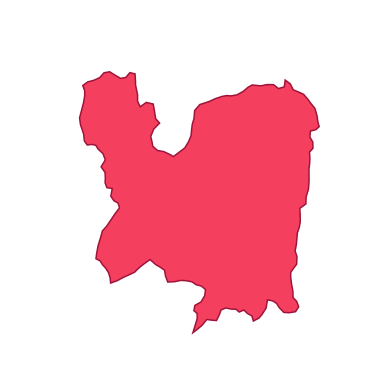 Soledade de Minas, Minas Gerais, Brazil (Natural Earth projection), rotated 17°
{"feature_id": "56859067B11452505630920", "entity_name": "Soledade de Minas", "entity_type": "district", "adm_level": 2, "iso_a3": "BRA", "parent_name": "Brazil", "parent_adm1": "Minas Gerais", "projection": "natural_earth1", "projection_center": [-45.033, -22.029], "detail": "fine", "context": "isolated", "style": "filled", "palette": "rose", "viewbox_px": 384, "rotation_deg": 17, "n_neighbors": 0, "source": "geoboundaries", "source_scale": "gbopen_adm2", "svg_char_len": 2383}
<svg xmlns="http://www.w3.org/2000/svg" viewBox="0 0 384 384"><g transform="rotate(17 192 192)"><path d="M140.8,302.9L146.6,298.5L150.9,294.1L155.7,289.9L160.5,285.5L164.0,279.2L167.1,274.8L171.6,268.9L178.5,272.0L183.2,273.1L188.6,274.8L191.3,280.2L195.1,285.2L201.5,282.9L207.2,279.8L212.5,278.5L218.3,277.9L223.1,279.5L228.3,279.2L233.4,281.3L234.5,287.3L232.7,294.6L227.9,299.6L228.5,304.9L232.4,306.6L234.0,311.7L234.0,326.3L237.4,321.6L240.8,316.1L243.4,309.6L247.7,308.9L253.0,307.8L254.0,301.6L254.3,296.3L258.3,293.0L263.9,292.5L268.3,291.2L272.2,293.0L276.1,289.7L280.7,292.0L285.5,293.0L288.4,297.5L292.9,293.0L294.8,288.6L296.8,281.3L295.7,273.1L300.8,272.5L305.4,273.8L309.4,277.2L315.0,280.3L320.4,279.0L326.0,276.2L327.6,270.6L324.1,266.0L319.5,263.4L317.5,257.4L314.5,251.7L311.6,245.4L309.9,240.1L311.4,235.3L313.2,230.4L311.2,222.9L307.9,218.4L307.1,211.5L306.0,206.3L304.7,200.1L304.9,194.3L304.3,189.2L302.3,182.7L299.9,176.1L304.4,170.1L302.6,163.5L302.5,155.1L300.8,147.6L299.0,141.8L297.2,136.1L296.2,130.4L294.9,125.3L292.7,119.5L294.9,114.9L292.9,108.9L288.7,105.0L287.4,99.2L292.2,96.2L294.5,92.3L291.9,88.2L289.2,82.4L285.1,76.1L279.9,72.6L275.9,69.6L270.2,66.0L264.6,65.2L259.0,64.7L254.3,59.8L248.4,57.7L249.5,64.5L244.4,67.8L238.6,65.5L232.0,67.5L227.1,70.2L222.7,71.2L218.3,72.0L215.0,75.4L211.5,80.9L206.5,86.0L201.2,88.7L197.1,89.6L193.0,91.7L187.3,95.7L182.1,100.3L178.2,103.1L173.9,106.1L170.7,113.3L172.4,121.1L172.5,127.5L173.4,132.5L174.6,138.3L174.0,144.9L172.2,152.0L168.1,157.7L163.9,163.5L158.9,162.4L153.0,161.6L147.0,162.4L141.2,159.8L138.9,155.4L136.3,151.0L137.0,143.1L140.9,135.6L135.8,132.5L133.0,126.7L129.2,119.2L122.1,119.7L117.5,125.7L113.3,120.9L111.6,115.1L109.2,110.6L106.8,106.3L105.3,101.8L103.0,95.7L97.7,96.0L95.2,101.8L90.5,104.2L83.7,102.6L78.1,101.1L73.0,103.7L70.3,109.6L65.4,113.9L60.1,117.2L56.4,122.1L59.7,126.5L61.2,131.0L62.1,137.7L62.5,146.1L62.8,154.0L65.8,160.5L68.6,164.2L71.5,168.4L74.1,174.6L78.1,177.7L82.0,175.9L86.3,175.4L89.6,178.4L95.7,181.4L99.7,186.7L97.7,194.5L103.1,198.7L105.0,203.9L106.2,208.6L109.3,212.7L114.7,212.0L115.6,219.8L119.9,223.2L124.5,224.2L127.3,228.3L124.5,236.1L122.4,243.1L120.4,249.6L117.7,255.4L117.9,261.6L117.9,270.6L118.8,279.0L119.7,283.9L124.2,284.7L127.4,287.5L131.9,290.2L136.0,293.8L138.9,298.3L140.8,302.9Z" fill="#f43f5e" stroke="#9f1239" stroke-width="1.5"/></g></svg>